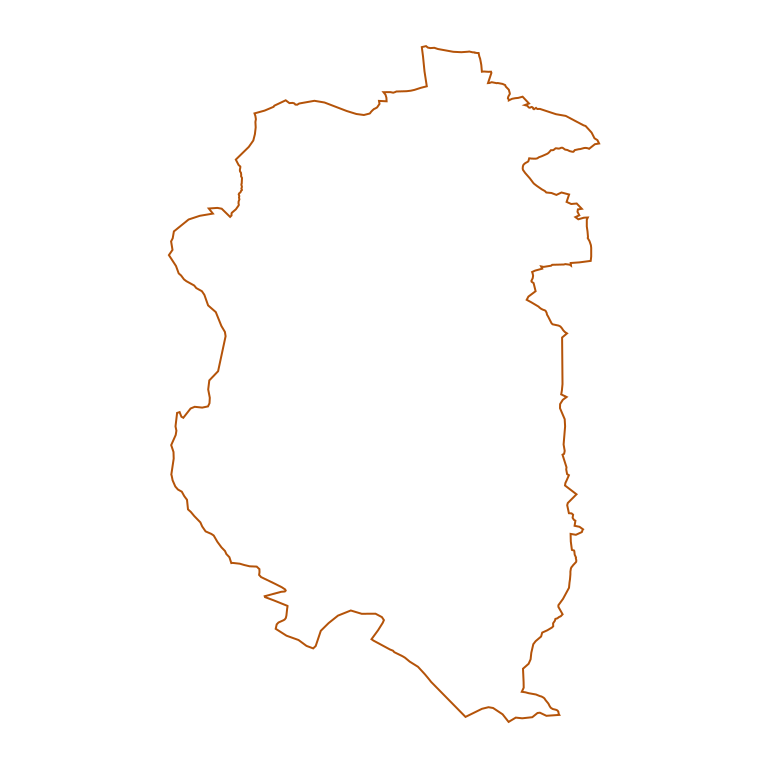 Boteni, Arges, Romania (Robinson projection)
{"feature_id": "2599482B33431600149134", "entity_name": "Boteni", "entity_type": "district", "adm_level": 2, "iso_a3": "ROU", "parent_name": "Romania", "parent_adm1": "Arges", "projection": "robinson", "projection_center": [25.134, 45.176], "detail": "fine", "context": "isolated", "style": "outline", "palette": "amber", "viewbox_px": 768, "rotation_deg": 0, "n_neighbors": 0, "source": "geoboundaries", "source_scale": "gbopen_adm2", "svg_char_len": 6070}
<svg xmlns="http://www.w3.org/2000/svg" viewBox="0 0 768 768"><path d="M559.3,714.9L558.7,713.8L558.5,712.8L558.4,711.9L557.9,711.0L557.3,710.4L556.0,709.8L552.7,709.0L550.7,707.7L549.6,706.0L548.4,703.6L545.6,700.2L544.5,698.5L543.6,697.7L541.5,696.5L539.9,696.1L536.0,694.5L528.7,693.2L525.4,692.3L521.8,691.8L523.7,687.7L523.6,682.1L523.0,668.7L528.6,663.8L530.6,659.3L531.3,652.8L533.3,644.2L535.6,641.2L541.1,636.5L542.2,632.6L547.3,630.3L552.0,627.5L553.2,626.3L553.1,623.3L554.9,620.7L555.4,618.9L557.4,618.3L558.9,617.1L560.8,616.2L562.6,614.3L558.4,606.9L558.4,605.2L563.0,598.9L569.0,587.8L569.5,582.6L570.0,579.2L570.4,574.3L570.4,571.6L570.9,568.5L571.4,567.3L572.3,566.3L572.9,565.4L575.9,562.2L576.2,561.7L576.3,560.2L575.8,558.1L575.9,557.8L576.0,557.5L574.7,554.7L574.3,551.1L574.0,550.5L571.9,549.9L570.8,541.5L570.6,533.9L575.9,534.8L581.8,532.1L582.8,529.5L583.0,529.3L579.5,526.8L574.6,525.8L575.4,520.7L573.9,519.8L572.6,517.8L573.1,514.7L571.6,513.4L568.9,513.2L567.2,505.2L567.8,503.0L576.5,494.3L565.0,485.5L565.4,483.0L566.9,479.8L568.9,475.2L567.1,474.1L566.2,469.4L566.5,467.3L562.5,454.7L564.1,453.8L564.7,450.9L563.6,444.5L565.1,426.4L564.7,419.2L560.0,408.2L560.1,404.1L562.8,399.8L566.6,397.0L561.2,394.4L561.9,390.4L562.5,384.1L562.1,337.5L567.0,333.4L565.0,332.1L563.7,330.8L562.8,329.7L562.1,328.5L560.4,326.5L558.6,325.6L552.6,324.3L551.5,323.2L548.0,316.3L547.2,315.0L546.8,313.9L546.7,313.0L545.7,311.0L544.8,310.3L543.2,309.8L541.3,308.9L539.4,307.5L538.7,306.7L531.3,302.3L526.7,299.8L528.4,296.6L535.6,291.2L533.6,283.1L531.6,281.7L531.4,280.9L532.7,278.2L533.1,275.7L532.6,273.3L532.1,272.0L535.1,270.6L542.2,268.7L541.1,266.4L543.6,266.9L551.1,265.7L552.2,264.8L563.9,264.5L565.3,264.1L569.8,264.7L571.0,265.6L570.7,263.0L579.2,262.4L590.7,260.9L591.2,256.6L591.2,247.9L590.9,245.2L589.5,241.1L587.7,238.0L588.0,237.1L587.5,231.3L586.8,226.5L586.8,219.7L587.8,217.5L583.9,217.7L578.3,219.3L575.4,217.1L579.3,215.3L577.5,211.8L577.9,209.4L581.8,208.8L576.7,203.5L571.2,204.0L566.6,201.9L569.1,194.5L561.5,192.5L556.4,194.9L551.5,193.0L546.3,192.5L544.8,191.0L541.9,189.4L536.7,185.8L534.0,183.7L533.1,182.7L529.9,178.4L525.1,172.9L523.0,169.9L522.7,168.7L522.8,166.9L523.2,165.3L523.8,164.4L525.3,163.1L527.9,161.7L528.4,161.1L529.2,158.3L531.8,158.6L535.7,158.7L537.4,158.3L538.8,157.3L541.8,156.2L547.0,153.9L548.0,153.3L549.1,152.3L550.9,150.2L552.5,150.2L553.5,150.0L555.6,148.3L556.7,148.3L558.2,148.6L559.5,148.5L561.1,147.8L562.1,147.7L562.9,148.0L565.1,149.6L567.4,150.0L569.6,151.1L572.1,151.7L573.1,151.8L573.5,151.7L574.8,150.1L578.8,149.2L580.1,149.1L584.2,148.0L585.9,147.9L588.0,148.3L589.1,148.8L594.9,144.2L599.1,143.5L597.4,140.1L594.5,138.3L591.6,132.6L585.6,126.0L583.5,125.3L565.7,115.9L556.0,114.2L539.9,108.9L537.5,109.0L536.6,108.5L536.0,107.9L534.0,109.2L533.2,108.7L533.0,107.8L532.3,107.2L531.3,107.0L530.5,107.5L529.6,107.7L528.7,107.4L527.4,105.8L524.8,105.1L529.0,103.5L522.6,96.7L518.2,97.9L515.2,98.2L512.1,98.8L508.8,100.4L508.8,99.6L507.9,98.3L508.1,97.3L508.4,96.4L509.8,94.0L509.8,93.3L508.8,89.7L505.7,86.5L505.2,85.1L502.5,83.9L497.7,83.0L496.8,83.2L491.7,82.2L489.4,83.0L488.0,83.1L491.4,72.9L491.0,71.7L488.3,71.8L483.8,71.5L481.9,71.7L481.3,65.0L480.8,62.2L480.1,58.6L479.3,56.4L478.6,53.0L477.2,53.0L474.7,52.7L474.6,52.4L472.6,52.3L469.1,51.5L468.3,51.7L461.4,52.2L453.3,51.8L437.9,49.0L434.3,47.8L430.4,48.1L427.9,47.6L426.0,46.1L421.8,47.1L423.0,56.3L424.5,71.4L426.8,86.3L420.9,87.8L414.4,89.9L410.8,90.7L406.6,91.2L396.4,91.5L394.8,92.2L393.2,92.7L390.3,92.1L383.5,92.2L385.5,94.7L386.4,97.7L386.6,101.3L379.0,100.9L379.5,103.9L377.1,107.4L375.4,108.4L374.0,109.0L372.3,110.5L371.0,111.9L370.0,113.3L369.4,113.6L363.9,115.0L356.4,114.0L346.7,111.0L324.5,102.5L314.4,100.8L299.2,103.5L297.2,104.7L295.4,104.6L294.3,103.4L292.6,102.9L289.4,103.1L285.7,100.3L274.3,105.7L273.6,106.8L264.6,110.6L254.5,113.4L255.4,116.0L255.9,119.2L255.4,122.0L255.7,127.4L254.9,134.2L253.3,140.5L248.8,146.9L235.8,159.6L238.6,165.0L240.3,166.5L240.3,167.7L239.9,169.5L239.9,170.7L240.1,171.6L240.9,172.6L241.2,174.6L241.1,176.3L242.0,177.9L241.7,183.7L241.4,184.1L241.4,185.0L241.8,186.1L241.9,187.0L241.4,188.7L241.9,189.6L241.9,190.1L241.0,191.0L240.6,192.1L240.3,192.5L239.3,193.2L238.7,194.3L239.3,196.0L239.0,197.6L239.4,199.3L238.6,201.5L238.5,203.4L238.8,204.4L238.7,205.3L235.9,209.3L231.8,212.8L231.5,213.6L231.5,215.5L230.1,216.9L221.7,208.7L217.4,207.9L208.8,208.5L212.9,213.6L199.8,215.8L188.6,219.5L173.9,231.4L172.7,238.3L171.1,241.4L172.5,249.9L168.9,255.1L176.0,266.0L178.7,273.4L181.1,275.5L184.0,279.4L186.4,281.2L194.2,285.5L196.3,288.1L201.9,291.2L204.4,294.9L208.1,305.4L215.8,312.1L221.4,326.0L224.9,331.9L225.6,336.2L218.1,371.2L209.3,380.4L208.2,389.5L209.8,397.8L209.5,403.2L208.0,406.4L202.2,407.6L194.7,406.8L190.6,408.5L183.3,417.8L181.4,416.7L179.6,412.1L177.1,412.9L175.5,426.4L176.4,430.7L175.7,435.0L171.2,445.1L173.5,452.0L173.7,458.6L171.3,474.7L171.6,475.3L172.6,480.3L175.3,486.5L177.9,489.5L181.8,491.7L184.3,496.2L187.0,499.8L188.0,509.4L190.8,511.9L194.3,516.1L200.4,522.4L202.2,526.5L205.6,531.4L211.3,533.9L213.7,535.5L217.3,541.7L221.4,547.3L225.0,551.0L226.4,554.1L229.4,557.2L231.3,563.1L232.5,562.9L239.8,563.7L244.2,565.0L249.7,566.3L256.7,566.6L259.4,569.1L259.5,572.2L259.1,574.9L261.1,577.1L274.6,583.6L281.9,587.3L285.2,589.5L285.7,590.6L284.8,591.5L281.2,591.8L264.7,596.2L265.0,597.1L273.6,600.3L287.5,605.9L287.5,606.7L287.2,608.3L286.4,615.6L285.8,618.0L284.8,619.4L283.6,620.2L278.5,622.5L276.7,624.4L275.7,628.8L286.5,635.7L298.5,640.0L306.5,645.9L313.2,648.4L315.7,646.0L320.8,630.8L328.6,623.1L338.0,615.6L350.8,610.5L361.7,613.8L375.5,613.7L381.9,617.1L383.9,620.1L382.8,622.7L378.1,630.2L371.5,639.2L373.5,640.6L390.0,649.5L393.0,650.7L394.3,652.2L402.5,656.2L405.0,657.7L409.7,661.6L418.0,666.8L425.0,674.4L428.9,679.1L431.1,681.9L465.5,716.9L482.0,708.8L488.5,707.2L493.1,708.0L502.6,714.3L508.6,721.9L515.8,717.6L522.2,718.3L532.3,717.2L537.5,713.0L539.9,712.7L546.4,715.8L559.3,714.9Z" fill="none" stroke="#b45309" stroke-width="2"/></svg>